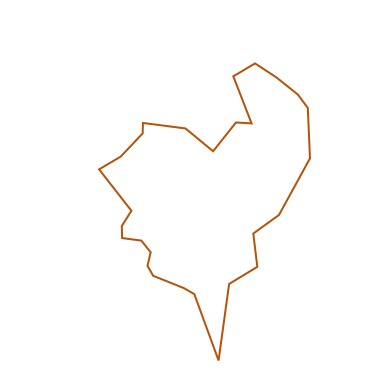 Pasig, Mercator projection, rotated 24°
{"feature_id": "PHL-5552", "entity_name": "Pasig", "entity_type": "Highly Urbanized City", "adm_level": 1, "iso_a3": "PHL", "parent_name": "Philippines", "parent_adm1": "", "projection": "mercator", "projection_center": [121.099, 14.57], "detail": "fine", "context": "isolated", "style": "outline", "palette": "amber", "viewbox_px": 384, "rotation_deg": 24, "n_neighbors": 0, "source": "natural_earth", "source_scale": "10m", "svg_char_len": 506}
<svg xmlns="http://www.w3.org/2000/svg" viewBox="0 0 384 384"><g transform="rotate(24 192 192)"><path d="M263.6,68.1L286.1,113.3L280.8,177.6L264.9,205.0L282.1,233.8L263.3,260.9L284.8,335.1L235.7,284.4L223.8,283.1L190.7,284.4L181.4,277.6L178.8,263.9L165.5,257.0L146.9,262.5L141.7,251.6L144.3,233.8L97.9,209.1L112.5,188.6L123.1,158.5L119.1,148.9L160.2,136.6L194.7,146.2L203.9,110.6L218.5,105.1L182.7,69.5L197.3,48.9L222.5,53.0L249.0,59.9L263.6,68.1Z" fill="none" stroke="#b45309" stroke-width="2"/></g></svg>